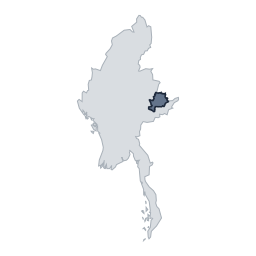 location of Kengtung, Shan, Myanmar
{"feature_id": "60261553B37663404803056", "entity_name": "Kengtung", "entity_type": "district", "adm_level": 2, "iso_a3": "MMR", "parent_name": "Myanmar", "parent_adm1": "Shan", "projection": "orthographic", "projection_center": [99.278, 21.371], "detail": "fine", "context": "in_parent", "style": "filled", "palette": "slate", "viewbox_px": 256, "rotation_deg": 0, "n_neighbors": 0, "source": "geoboundaries", "source_scale": "gbopen_adm2", "svg_char_len": 7290}
<svg xmlns="http://www.w3.org/2000/svg" viewBox="0 0 256 256"><path d="M167.1,114.8L164.5,113.5L162.6,114.7L159.6,114.2L159.9,116.8L158.2,117.7L155.2,117.4L153.4,121.4L147.1,122.4L143.1,121.6L140.8,125.1L140.6,129.1L139.5,131.5L139.9,135.7L137.2,136.8L135.6,136.5L136.5,138.4L138.5,139.3L139.7,143.6L139.3,145.3L147.8,155.3L150.3,163.1L152.4,162.1L153.0,162.9L152.2,164.9L149.5,166.5L149.1,174.8L144.8,176.7L144.9,179.5L145.4,181.4L149.2,186.9L153.5,190.7L155.9,194.7L156.3,200.5L155.7,203.0L156.8,206.5L159.0,208.8L161.5,218.0L156.5,226.0L151.3,231.3L150.6,237.0L149.0,238.8L148.2,237.0L147.8,231.2L150.3,227.4L151.1,220.2L152.7,218.7L151.9,218.0L149.9,218.5L150.6,212.6L149.5,212.4L150.4,211.1L149.2,201.4L145.3,194.5L144.8,191.5L144.2,195.5L143.7,194.7L143.6,189.3L141.4,183.4L141.7,182.8L142.7,183.4L141.8,182.0L141.0,182.3L140.3,180.9L139.2,168.6L137.7,166.8L138.4,161.5L139.4,160.2L135.4,160.7L133.5,156.2L133.4,153.7L129.4,150.0L130.1,151.1L129.4,152.4L130.0,154.5L128.3,158.3L126.6,160.1L124.4,160.7L122.7,159.6L122.3,157.5L121.6,157.5L123.1,161.4L116.5,164.6L115.5,166.9L112.1,169.9L111.1,169.5L111.7,165.4L109.6,168.6L106.9,168.6L106.4,164.2L105.2,166.7L103.6,167.5L104.3,160.2L103.8,162.3L101.1,165.1L98.6,166.0L99.3,160.0L102.9,150.5L103.3,147.3L101.6,139.6L98.8,133.1L99.7,133.0L97.7,131.1L97.6,126.3L96.3,128.0L96.1,131.0L93.6,129.3L91.3,125.1L92.3,124.7L95.1,126.8L96.7,125.8L97.1,124.4L92.8,120.2L94.0,118.6L92.6,118.6L88.9,116.5L87.8,116.8L88.2,118.5L87.4,119.0L86.0,116.3L87.1,115.1L86.2,115.0L86.9,112.7L86.6,112.3L84.7,115.3L83.7,114.5L84.9,113.0L84.5,112.1L83.0,110.2L83.0,113.5L79.3,108.2L77.4,101.1L79.1,99.4L82.1,101.6L82.2,93.0L83.5,91.2L86.5,92.9L87.5,90.7L88.7,90.2L88.2,84.2L89.3,80.5L91.4,79.9L92.0,76.8L92.4,72.7L91.6,68.0L93.4,69.2L95.5,68.9L100.4,70.6L102.4,65.3L107.3,56.6L105.6,54.5L106.0,53.3L110.1,48.8L112.3,44.7L111.5,41.0L112.5,38.0L116.2,36.1L124.2,30.2L130.0,29.5L132.4,31.9L134.0,32.1L131.7,26.4L136.7,22.2L136.6,18.9L138.9,15.4L140.2,15.5L141.4,17.2L142.7,17.3L144.9,19.9L147.0,27.0L148.6,25.7L150.8,26.8L151.7,37.3L151.1,43.5L149.7,44.9L150.7,47.4L148.6,48.3L147.2,50.8L145.1,51.0L143.6,54.3L141.5,54.8L140.3,57.4L140.5,59.4L138.8,60.5L138.2,64.0L139.7,65.3L140.1,67.2L138.5,71.0L139.8,71.2L145.7,68.7L149.8,69.2L152.6,68.6L150.8,71.2L152.6,74.6L152.9,79.9L159.1,81.3L160.1,82.7L158.7,84.3L156.6,92.8L164.7,94.0L165.0,97.3L166.8,98.4L167.0,100.3L168.1,100.8L172.5,100.7L175.1,98.4L178.4,97.4L178.6,99.3L177.9,100.7L174.3,102.6L171.8,106.5L171.6,107.4L172.8,108.1L168.6,109.7L167.1,114.8ZM93.9,122.9L96.5,124.5L96.0,125.7L94.3,125.7L93.1,123.6L93.9,122.9ZM146.1,207.2L147.8,209.6L146.1,211.3L146.1,207.2ZM93.3,133.5L92.0,132.5L91.1,131.2L94.0,131.3L93.3,133.5ZM148.5,217.7L148.6,220.8L147.5,220.5L146.8,217.8L148.5,217.7ZM102.6,166.1L100.7,168.1L100.5,166.3L103.0,163.8L102.6,166.1ZM137.7,164.0L136.6,163.3L136.4,161.4L137.3,160.9L138.0,161.8L137.7,164.0ZM144.9,221.5L144.7,220.5L145.9,217.9L145.7,220.2L144.9,221.5ZM144.3,227.5L145.8,229.9L145.5,230.4L144.1,228.5L143.2,228.6L144.3,227.5ZM149.6,215.8L148.0,216.5L147.9,214.3L149.6,215.8ZM145.7,238.6L143.6,240.6L143.9,239.5L145.7,238.6ZM85.5,116.6L86.2,119.3L85.1,116.1L85.5,116.6ZM146.1,202.1L146.0,204.1L145.5,200.9L146.1,202.1ZM91.5,118.7L91.7,120.4L90.7,118.0L91.5,118.7ZM144.0,213.5L142.8,212.5L143.2,211.8L143.8,211.9L144.0,213.5ZM143.1,210.6L142.4,211.9L141.6,211.1L142.2,210.5L143.1,210.6ZM143.3,218.5L143.3,219.6L142.4,216.9L143.3,218.5ZM105.3,168.6L104.5,168.5L105.6,167.2L105.7,167.7L105.3,168.6ZM148.7,227.7L148.0,227.5L148.6,226.2L148.7,227.7Z" fill="#d9dde1" stroke="#a8b0b8" stroke-width="1"/><path d="M148.7,109.0L149.1,109.1L149.3,109.3L149.5,109.5L149.8,109.5L150.0,109.4L150.3,109.4L150.6,109.5L150.8,109.4L151.0,109.6L151.0,109.8L151.1,110.0L151.2,109.9L151.4,109.9L151.7,110.1L151.8,110.2L151.9,110.3L152.0,110.3L152.5,110.7L152.7,110.9L153.3,111.2L153.4,111.3L153.5,111.6L153.8,111.6L154.0,111.5L154.3,111.6L154.6,111.4L154.7,111.1L154.6,110.9L154.6,110.7L154.8,110.3L154.8,110.1L154.9,109.7L154.7,109.6L154.8,109.3L154.6,109.2L154.5,108.9L154.6,108.6L154.8,108.3L155.0,107.9L154.9,107.6L155.0,107.5L155.1,107.4L155.3,107.2L155.2,107.0L155.3,106.9L155.3,106.7L155.5,106.6L155.8,106.6L156.0,106.6L156.3,106.6L156.7,106.6L157.2,106.6L157.3,106.6L157.6,106.7L157.7,106.8L157.8,106.8L158.0,106.8L158.3,106.8L158.5,106.8L158.6,106.7L158.9,106.7L159.0,106.7L159.3,106.7L159.8,106.7L161.5,106.8L161.6,106.7L161.9,106.6L162.1,106.4L162.4,106.2L162.5,106.1L162.6,105.8L162.8,105.8L163.0,105.9L163.1,106.0L163.4,106.3L163.5,106.3L163.8,106.5L164.0,106.5L164.1,106.4L164.3,106.0L164.4,105.8L164.5,105.7L164.6,105.3L164.7,105.2L164.6,104.9L164.8,104.8L164.8,104.6L164.9,104.3L165.0,104.1L165.1,103.9L165.2,103.7L165.3,103.7L165.3,103.4L165.5,103.2L165.9,102.9L166.1,102.9L166.3,102.7L166.5,102.5L166.6,102.4L167.0,102.3L167.4,102.2L167.5,102.2L167.8,102.0L167.8,101.9L168.0,101.9L168.3,101.8L168.4,101.7L168.2,101.5L168.2,101.4L168.2,101.2L167.9,101.0L167.8,100.9L167.6,100.8L167.6,100.7L167.4,100.4L167.1,100.3L167.1,100.1L167.1,99.9L167.0,99.7L166.9,99.4L166.9,99.2L167.2,99.0L167.2,98.8L167.2,98.7L167.3,98.7L167.6,98.6L167.6,98.4L167.5,98.2L167.3,98.1L167.1,97.9L166.9,97.9L166.9,98.0L166.8,97.9L166.7,97.9L166.6,98.0L166.3,98.2L166.2,98.3L166.0,98.0L165.9,98.0L165.6,97.9L165.5,97.6L165.4,97.5L165.4,97.4L165.3,97.2L165.2,97.1L165.2,96.8L165.1,96.7L165.1,96.2L165.2,95.8L165.2,95.7L165.2,95.4L165.4,95.4L165.4,95.2L165.5,94.8L165.6,94.6L165.4,94.3L165.3,94.1L165.2,94.1L165.2,93.8L165.3,93.8L165.3,93.6L165.2,93.7L164.9,93.6L164.7,93.6L164.3,93.5L164.1,93.6L164.2,93.8L164.3,93.8L164.2,93.9L164.1,94.0L163.9,94.0L163.8,93.9L163.5,93.7L163.2,93.7L162.9,93.5L162.7,93.5L162.5,93.8L162.4,93.8L162.2,93.8L162.2,93.4L161.9,93.4L161.7,93.2L161.4,93.1L161.1,93.0L161.1,92.9L161.0,93.0L160.8,93.1L160.7,92.9L160.6,93.0L160.4,93.0L160.0,92.9L159.9,92.8L159.8,92.7L159.7,92.7L159.5,92.8L159.4,93.0L159.2,93.0L158.8,93.1L158.5,93.0L158.4,93.2L158.2,93.1L157.9,93.1L157.6,93.0L157.2,93.0L156.7,92.8L156.4,92.6L156.1,92.4L155.8,92.5L155.8,92.8L156.0,92.9L155.7,92.9L155.7,93.0L155.4,93.4L155.5,93.6L155.5,94.0L155.4,94.0L155.2,93.9L155.2,94.0L154.9,94.2L154.8,94.3L154.7,94.4L154.7,94.5L154.9,94.6L154.9,94.9L155.1,95.0L155.1,95.3L154.8,95.7L154.8,96.0L154.7,96.1L154.5,95.9L154.4,96.0L154.1,96.3L153.9,96.5L153.5,96.6L153.4,96.7L153.4,96.9L153.5,97.0L153.8,97.3L153.8,97.5L153.8,97.9L154.0,98.2L153.9,98.3L154.1,98.6L154.0,98.8L153.9,98.8L153.8,99.0L153.7,99.1L153.7,99.3L153.5,99.5L153.3,99.6L153.1,99.7L153.0,100.1L153.2,100.3L153.0,100.6L152.7,100.6L152.4,100.6L151.9,100.4L151.7,100.4L151.3,100.2L151.0,100.2L150.8,100.1L150.6,100.0L150.2,99.9L149.9,99.7L149.7,99.8L149.4,99.9L149.4,100.1L149.5,100.4L149.6,100.8L149.8,101.0L150.0,101.3L150.1,101.5L150.4,101.6L150.5,101.7L150.6,101.9L150.6,102.0L150.6,102.4L150.5,102.5L150.7,102.8L150.8,102.9L150.8,103.0L150.9,103.5L151.0,103.5L151.0,103.8L151.0,104.0L151.0,104.4L151.0,104.5L151.3,104.9L151.5,105.1L152.0,105.3L152.1,105.5L151.6,106.3L151.5,106.6L151.3,106.7L151.0,106.6L150.8,106.6L150.6,106.6L150.4,106.5L150.2,106.6L149.9,106.9L149.6,107.0L149.4,107.0L149.2,107.0L149.0,106.9L148.7,107.0L148.7,107.3L148.6,107.8L148.7,108.1L148.6,108.3L148.7,108.5L148.7,108.9L148.7,109.0Z" fill="#64748b" stroke="#1e293b" stroke-width="1.5"/></svg>